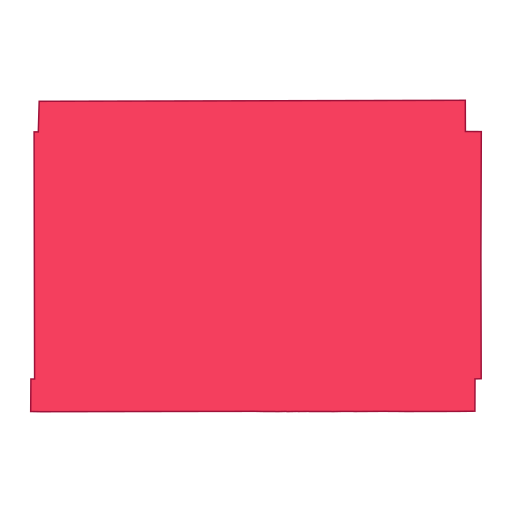 the district of Cheyenne, Nebraska, United States of America
{"feature_id": "52423323B82080185563288", "entity_name": "Cheyenne", "entity_type": "district", "adm_level": 2, "iso_a3": "USA", "parent_name": "United States of America", "parent_adm1": "Nebraska", "projection": "robinson", "projection_center": [-102.944, 41.22], "detail": "fine", "context": "isolated", "style": "filled", "palette": "rose", "viewbox_px": 512, "rotation_deg": 0, "n_neighbors": 0, "source": "geoboundaries", "source_scale": "gbopen_adm2", "svg_char_len": 712}
<svg xmlns="http://www.w3.org/2000/svg" viewBox="0 0 512 512"><path d="M465.3,100.3L39.2,101.3L38.3,131.9L34.1,131.9L34.6,379.0L30.9,379.0L30.7,411.5L40.7,411.7L42.1,411.7L208.5,411.4L209.2,411.4L219.1,411.4L220.0,411.4L228.5,411.4L231.3,411.4L252.7,411.3L253.8,411.3L263.9,411.5L264.6,411.5L275.0,411.5L275.7,411.6L276.8,411.6L277.4,411.6L286.0,411.4L287.0,411.6L297.3,411.4L298.2,411.5L308.4,411.4L309.4,411.5L319.5,411.5L320.5,411.5L330.9,411.5L332.1,411.6L341.8,411.4L343.4,411.4L352.8,411.4L354.6,411.5L385.9,411.3L389.9,411.4L397.0,411.4L405.7,411.5L456.0,411.4L474.9,411.2L475.0,378.9L481.2,378.7L480.9,255.2L481.3,131.6L465.4,131.5L465.3,100.3Z" fill="#f43f5e" stroke="#9f1239" stroke-width="1.5"/></svg>